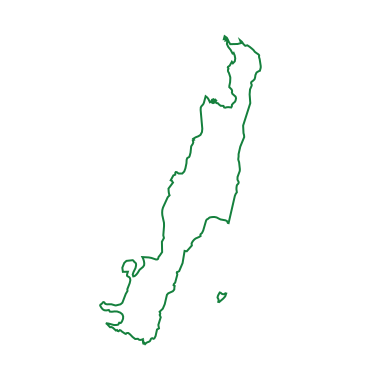 Kriti, Robinson projection, rotated 285°
{"feature_id": "GRC-2990", "entity_name": "Kriti", "entity_type": "Region", "adm_level": 1, "iso_a3": "GRC", "parent_name": "Greece", "parent_adm1": "", "projection": "robinson", "projection_center": [24.784, 35.251], "detail": "fine", "context": "isolated", "style": "outline", "palette": "green", "viewbox_px": 384, "rotation_deg": 285, "n_neighbors": 0, "source": "natural_earth", "source_scale": "10m", "svg_char_len": 4927}
<svg xmlns="http://www.w3.org/2000/svg" viewBox="0 0 384 384"><g transform="rotate(285 192 192)"><path d="M350.9,183.2L350.0,185.7L348.3,187.3L346.4,188.8L344.7,190.7L346.8,197.8L348.6,200.9L351.0,199.2L350.0,201.3L348.1,203.5L347.0,205.6L348.0,207.5L347.2,210.0L346.1,212.5L345.0,214.7L343.7,216.3L343.2,217.5L342.0,220.8L341.4,221.5L340.1,221.7L339.0,222.2L338.0,222.9L331.4,225.8L329.8,226.2L326.7,226.2L326.5,225.8L324.8,224.0L324.0,223.4L321.3,223.0L319.0,223.3L317.0,223.2L314.9,221.9L313.9,221.0L313.0,220.8L312.0,221.1L311.1,221.9L310.2,222.1L306.1,221.5L301.2,222.4L292.9,225.3L269.4,224.2L262.2,226.5L260.5,227.5L258.6,228.2L248.3,226.9L240.6,227.2L238.4,227.8L235.6,228.2L234.6,228.7L232.9,229.8L226.5,232.3L224.7,232.7L218.3,232.1L215.8,232.7L215.1,233.2L214.1,234.2L213.4,234.6L212.2,234.6L211.4,234.2L210.8,233.8L209.9,233.6L207.9,233.8L206.2,234.2L203.3,235.4L201.5,234.7L199.3,234.4L171.4,235.4L171.4,234.6L172.9,233.4L173.3,231.8L172.9,226.6L173.2,225.0L173.8,222.4L173.7,220.4L173.4,219.1L172.7,217.2L171.9,215.6L171.0,214.9L170.4,214.6L169.8,213.9L169.1,213.3L167.9,213.0L157.8,212.8L155.1,212.3L153.4,211.2L152.7,211.2L151.7,211.7L150.4,210.5L148.0,207.5L146.5,206.4L144.4,205.4L142.2,204.9L140.3,205.7L133.4,202.3L133.2,200.9L133.2,200.1L120.9,201.3L112.3,200.1L111.8,199.7L111.3,199.1L110.8,198.4L110.7,198.2L110.0,198.2L109.4,198.6L108.9,199.0L108.4,199.2L100.2,199.2L98.3,198.3L97.2,198.3L96.7,199.6L96.3,199.5L93.2,200.1L91.2,199.2L88.0,195.3L86.2,194.4L76.5,194.7L71.7,194.0L67.9,191.7L67.0,192.5L66.3,192.8L65.7,192.8L64.9,192.6L62.9,194.2L54.9,193.9L51.7,195.4L50.1,193.8L43.4,194.1L40.8,193.5L40.2,192.7L40.5,191.5L40.0,190.7L39.2,190.3L37.6,190.1L36.9,189.8L36.0,188.9L35.3,187.8L34.4,186.9L33.0,186.1L33.8,185.2L33.4,185.1L33.1,185.1L33.0,184.9L33.0,184.2L34.6,183.4L35.3,183.2L36.2,183.2L36.3,182.8L36.3,182.5L36.4,182.4L36.9,182.4L36.2,181.4L35.7,180.3L35.6,179.2L36.2,177.7L35.3,175.2L36.6,172.1L38.4,169.1L39.3,167.0L39.1,166.1L38.6,165.2L38.0,164.7L37.8,164.7L37.9,163.8L39.1,160.3L39.8,159.1L39.9,158.0L38.5,157.1L38.5,156.3L39.1,155.6L39.3,155.3L39.1,155.0L38.5,154.4L40.3,150.9L40.7,149.3L40.2,147.8L42.5,144.1L43.0,142.8L43.3,145.5L43.3,151.1L44.0,153.4L44.6,154.8L45.1,155.2L46.0,155.3L46.9,155.5L47.0,156.0L46.9,156.7L47.1,157.1L48.1,157.6L49.1,157.9L51.8,158.2L54.0,157.7L55.8,156.4L56.9,154.0L57.2,150.7L56.6,148.1L55.6,145.6L55.2,143.6L56.5,142.2L55.4,139.8L55.1,137.9L55.6,136.1L56.9,134.3L58.5,132.7L59.5,132.7L60.6,133.7L62.7,134.8L62.7,135.8L61.5,137.2L61.5,138.9L62.7,143.2L62.6,146.7L62.7,147.8L65.0,152.0L67.0,153.4L76.5,154.4L79.7,155.3L81.4,154.7L87.8,155.4L90.6,155.3L91.8,154.9L92.8,154.3L93.5,153.4L93.8,152.0L94.3,150.9L95.5,150.6L98.4,150.7L97.0,145.9L100.8,144.3L105.9,144.9L108.5,146.5L110.8,152.4L110.4,153.4L109.9,153.8L109.0,155.6L108.5,156.3L107.4,156.8L106.3,157.0L103.9,157.1L99.4,156.2L96.9,156.1L95.3,157.1L95.9,158.3L97.8,159.6L99.9,160.5L103.3,161.5L107.0,164.1L108.9,164.7L110.9,164.3L112.9,163.4L114.8,162.2L116.3,160.9L117.6,167.2L117.8,169.8L117.5,174.6L117.8,175.8L118.6,176.5L120.9,176.6L122.0,177.2L126.2,178.7L136.2,175.8L140.3,176.8L142.7,175.5L151.9,173.8L155.0,172.9L162.0,169.3L164.4,168.5L166.9,168.0L169.4,168.0L180.7,169.9L183.0,171.2L184.1,170.4L186.0,169.5L189.2,168.4L196.2,171.2L196.9,170.3L197.3,170.0L197.6,169.6L197.8,168.4L203.2,169.7L204.4,171.3L206.4,170.9L207.1,171.2L207.2,172.1L207.0,172.8L206.6,173.5L206.4,174.4L207.3,177.8L209.8,179.2L213.2,179.5L218.4,179.2L221.7,178.5L223.4,178.6L223.8,178.9L224.4,179.5L225.1,180.2L226.2,180.4L229.6,180.4L235.9,179.4L238.7,180.3L240.4,180.4L242.1,179.4L242.9,180.4L243.7,179.4L245.8,181.4L247.4,183.6L249.3,185.4L252.5,186.1L255.7,185.6L273.5,179.1L275.9,178.6L277.2,178.9L279.6,180.1L281.3,180.4L288.0,180.4L287.2,182.3L285.9,183.9L283.3,186.1L284.1,186.9L283.5,188.2L283.3,189.3L283.8,190.1L284.9,190.7L284.8,188.4L285.4,187.3L286.3,187.5L287.2,188.8L286.6,189.7L286.6,190.2L287.2,190.7L286.5,191.7L286.0,191.3L285.6,191.1L285.0,191.5L284.2,192.6L284.5,193.8L283.6,195.3L282.7,197.3L283.3,200.1L282.0,201.2L282.1,202.4L282.9,203.7L283.4,205.2L283.8,208.0L285.0,208.3L286.6,208.0L288.5,208.9L290.0,210.0L291.4,210.4L293.9,210.3L295.4,209.4L297.3,205.6L298.6,204.7L299.6,204.7L300.2,204.5L301.3,203.7L302.7,201.3L302.9,200.9L304.2,200.6L307.9,200.4L312.1,199.5L312.9,199.2L316.5,196.9L317.5,195.9L318.3,195.4L319.4,195.1L320.2,195.3L320.8,195.2L321.4,194.4L322.2,194.4L323.8,195.7L328.1,196.8L326.9,198.2L329.3,199.5L332.2,199.2L334.9,197.9L337.0,196.3L336.4,196.0L336.4,195.9L336.2,195.4L339.3,192.5L341.5,189.5L344.0,187.4L347.9,186.9L347.0,185.2L348.2,185.2L348.6,185.2L348.4,184.7L348.1,183.7L347.9,183.2L350.9,183.2ZM102.1,245.8L101.4,247.0L101.3,248.4L101.7,249.7L102.8,250.4L102.8,251.3L99.8,251.1L97.2,249.8L92.7,246.7L92.7,245.8L94.0,245.8L95.1,245.4L95.9,244.7L96.6,244.0L98.0,243.9L99.4,244.1L102.1,244.8L102.1,245.8Z" fill="none" stroke="#15803d" stroke-width="2"/></g></svg>